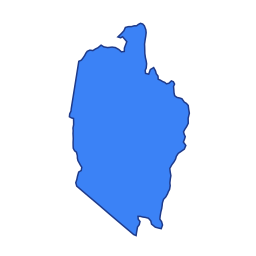 the district of Floresta Azul, Bahia, Brazil, rotated 188°
{"feature_id": "56859067B86811089871077", "entity_name": "Floresta Azul", "entity_type": "district", "adm_level": 2, "iso_a3": "BRA", "parent_name": "Brazil", "parent_adm1": "Bahia", "projection": "robinson", "projection_center": [-39.728, -14.846], "detail": "fine", "context": "isolated", "style": "filled", "palette": "blue", "viewbox_px": 256, "rotation_deg": 188, "n_neighbors": 0, "source": "geoboundaries", "source_scale": "gbopen_adm2", "svg_char_len": 2045}
<svg xmlns="http://www.w3.org/2000/svg" viewBox="0 0 256 256"><g transform="rotate(188 128 128)"><path d="M105.0,22.6L105.0,25.4L104.9,28.4L104.8,31.3L103.4,33.8L103.1,37.1L105.2,39.1L105.8,41.9L103.4,42.2L101.0,41.9L98.4,41.9L95.2,41.5L92.5,39.2L91.3,36.1L87.2,33.6L84.1,33.2L81.1,32.9L80.3,36.7L81.7,39.9L83.8,42.2L83.9,44.8L83.8,49.4L83.4,53.0L83.4,55.9L83.5,58.6L82.9,62.3L81.0,65.0L79.7,68.3L79.2,70.6L78.3,73.0L78.2,76.7L78.9,79.4L79.0,83.5L78.9,86.7L80.1,90.4L81.0,93.7L79.5,97.7L77.7,101.0L76.6,103.8L76.2,106.7L74.7,109.9L72.4,112.0L69.3,114.9L68.3,118.7L71.2,121.8L70.5,124.8L70.1,127.4L71.4,129.4L72.5,131.9L71.6,134.5L70.1,137.7L69.0,141.0L69.8,146.1L69.3,151.2L70.6,155.3L71.5,158.7L73.6,160.5L75.9,161.5L78.7,164.5L81.0,164.9L83.8,165.1L86.3,166.5L87.4,169.5L88.1,172.9L88.7,175.5L88.0,178.0L89.5,180.1L91.6,180.7L93.7,178.0L96.1,177.1L98.0,178.3L100.1,178.8L102.7,179.9L104.9,180.5L105.5,183.6L107.6,185.7L108.8,188.5L111.0,191.4L114.0,189.0L115.0,184.2L118.2,184.5L119.0,187.4L118.3,190.0L118.5,194.1L119.3,196.9L120.5,199.9L121.7,204.1L122.3,207.7L122.8,210.7L123.3,213.4L123.3,218.0L123.2,221.6L123.3,224.9L124.0,227.7L126.0,231.4L127.9,233.0L130.2,233.4L132.2,232.0L133.7,230.4L136.2,230.0L138.6,228.9L141.8,228.4L144.6,227.2L145.6,223.7L147.8,220.5L150.7,216.8L147.8,216.3L146.1,217.6L143.6,215.5L141.2,213.3L142.0,209.8L142.7,206.6L142.3,203.3L145.1,202.5L148.1,204.5L151.7,205.9L155.0,205.9L159.4,204.8L163.3,205.0L166.2,206.3L168.9,203.3L171.3,201.7L173.5,199.8L176.6,199.8L179.0,198.3L180.1,196.3L181.0,193.7L182.2,191.2L183.6,188.7L186.0,187.2L186.9,139.2L186.8,136.9L187.7,133.9L187.6,131.0L185.4,130.1L183.3,129.9L182.8,127.2L182.3,123.7L182.5,120.3L181.9,117.6L181.7,115.0L181.2,112.4L180.7,109.7L180.4,106.4L179.9,103.0L179.4,100.3L177.7,98.0L175.7,96.9L174.3,93.5L173.9,91.0L173.0,88.7L169.8,84.4L168.3,82.7L168.4,79.4L170.7,77.5L171.3,73.2L171.5,69.9L172.1,66.5L170.7,63.3L160.2,56.6L146.2,47.8L137.5,42.2L134.7,40.4L128.7,36.6L107.6,23.3L105.0,22.6Z" fill="#3b82f6" stroke="#1e3a8a" stroke-width="1.5"/></g></svg>